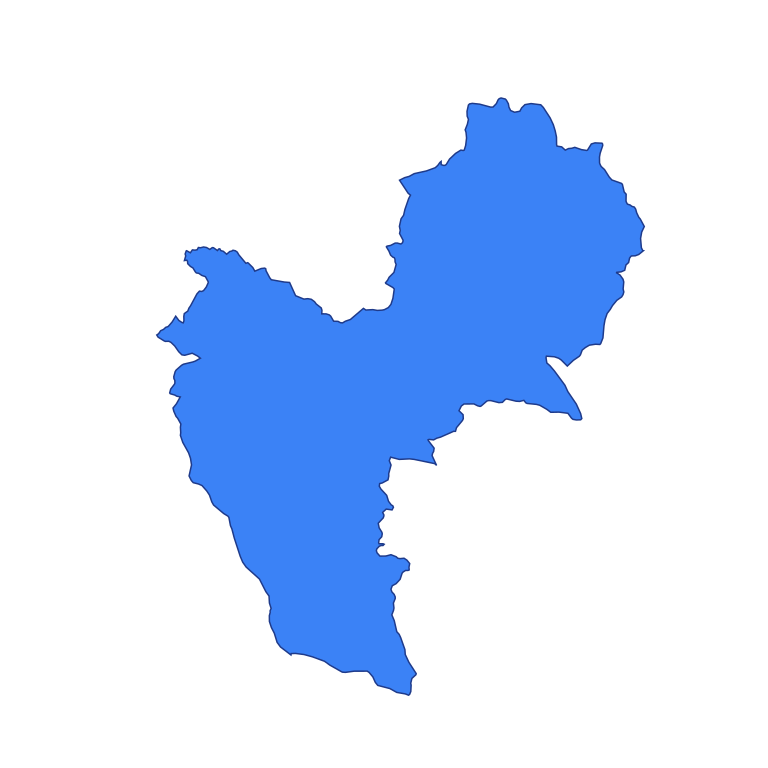 Van Ho, Son La, Vietnam (Mercator projection), rotated 190°
{"feature_id": "81297802B72197288944143", "entity_name": "Van Ho", "entity_type": "district", "adm_level": 2, "iso_a3": "VNM", "parent_name": "Vietnam", "parent_adm1": "Son La", "projection": "mercator", "projection_center": [104.865, 20.809], "detail": "fine", "context": "isolated", "style": "filled", "palette": "blue", "viewbox_px": 768, "rotation_deg": 190, "n_neighbors": 0, "source": "geoboundaries", "source_scale": "gbopen_adm2", "svg_char_len": 6153}
<svg xmlns="http://www.w3.org/2000/svg" viewBox="0 0 768 768"><g transform="rotate(190 384 384)"><path d="M428.6,101.0L428.6,102.4L424.4,103.3L415.8,103.7L407.2,102.9L394.4,100.6L388.4,97.7L375.1,93.0L372.0,93.3L363.5,96.0L350.7,98.3L348.6,97.4L344.1,93.6L340.7,88.6L337.8,86.1L325.4,85.1L317.9,82.5L309.2,82.5L305.8,81.8L304.9,82.7L304.2,85.8L305.0,92.2L305.7,93.9L305.4,98.9L302.1,103.2L302.0,104.4L311.2,114.3L316.1,121.3L317.3,126.1L323.5,137.1L325.6,140.1L328.4,142.3L332.8,152.7L336.2,158.0L335.3,162.8L335.3,165.1L336.7,169.9L335.7,174.6L336.0,176.3L337.5,178.6L340.2,180.7L341.5,183.1L340.8,186.8L337.4,189.5L334.2,194.5L333.3,200.9L332.5,202.2L330.4,204.1L328.1,204.5L326.9,205.3L327.6,207.9L327.5,211.6L330.8,214.5L334.0,215.9L338.0,214.8L340.2,214.8L342.0,216.0L347.5,217.1L352.3,214.9L358.1,213.8L361.6,216.6L362.6,218.6L362.4,220.5L360.5,223.4L358.8,224.4L356.9,224.8L356.0,226.2L357.2,226.5L361.1,225.8L361.7,226.7L361.8,229.9L359.7,233.2L359.7,236.1L360.3,237.6L363.8,241.5L365.5,245.9L361.5,252.0L361.2,254.0L361.4,255.1L363.0,257.2L362.6,257.9L360.1,261.2L354.2,261.4L353.3,264.2L354.2,265.6L355.9,266.2L359.2,269.3L362.0,274.8L368.8,280.0L370.9,282.5L371.0,285.2L368.6,286.2L363.4,290.3L363.3,294.2L363.8,296.5L363.0,305.4L365.5,309.4L364.8,313.1L355.9,312.4L345.9,314.7L341.2,315.0L320.3,314.4L318.1,313.0L324.2,321.8L324.1,324.2L323.4,326.1L323.5,329.5L330.6,336.0L330.9,336.8L329.9,337.3L325.4,337.6L322.6,339.8L319.1,341.5L307.2,349.5L305.4,349.8L305.0,353.6L300.4,361.7L299.9,363.6L300.8,367.5L305.5,370.7L304.0,375.8L301.7,378.2L292.0,380.0L288.0,378.8L285.5,378.6L284.5,379.2L279.7,385.1L278.2,385.8L275.8,386.2L267.6,385.6L264.2,386.5L261.9,389.8L260.6,390.6L251.0,390.0L247.4,390.4L243.4,392.2L241.1,390.1L239.7,389.7L230.3,390.4L226.9,390.1L219.2,387.3L214.9,385.1L206.8,386.7L197.8,387.1L193.4,382.9L191.8,382.0L188.3,382.0L184.1,382.9L183.2,384.3L185.2,389.0L191.1,397.6L201.7,408.5L205.6,414.2L218.4,426.4L223.7,430.8L227.3,433.0L229.0,438.0L228.9,439.6L220.9,440.4L216.4,439.7L213.6,438.4L206.6,433.5L201.6,440.2L196.4,445.3L195.6,446.9L194.7,451.8L192.0,454.9L188.5,457.9L182.6,459.9L178.3,460.4L177.6,461.4L176.4,467.4L177.5,479.7L177.5,485.8L176.5,492.2L174.1,496.8L172.6,500.9L169.2,506.9L165.1,511.0L164.1,513.5L163.8,516.3L165.0,519.1L165.6,526.1L166.8,528.7L170.5,532.3L174.3,533.9L174.2,534.4L170.0,535.6L166.7,537.8L166.4,543.2L164.2,546.1L164.0,550.7L163.0,552.6L162.5,553.1L158.8,553.9L155.6,555.8L151.7,560.3L152.3,560.3L154.2,562.9L156.6,571.9L156.6,578.4L155.0,584.3L160.3,591.0L162.0,592.4L164.9,596.5L166.5,599.9L168.2,601.7L170.8,602.0L172.6,603.0L175.5,603.4L176.7,604.9L177.4,606.1L178.5,613.0L180.8,614.8L183.9,622.0L184.9,622.8L195.0,624.5L198.1,626.9L204.1,633.5L207.9,635.9L209.2,637.6L210.1,639.1L211.2,644.9L211.2,648.8L210.0,656.9L210.4,658.3L211.1,659.0L218.1,658.1L221.5,656.4L224.2,649.7L224.9,649.2L230.2,649.1L237.2,650.2L239.9,648.8L243.2,647.9L246.1,645.8L250.2,648.4L254.9,648.3L255.6,649.7L257.0,657.1L259.4,663.1L262.3,668.8L266.6,674.9L275.1,684.0L278.1,686.2L287.9,685.7L293.7,683.6L296.4,679.8L297.6,676.2L302.6,674.3L306.8,675.3L309.0,678.3L310.2,681.6L312.8,684.8L314.0,685.7L318.4,686.0L320.1,685.0L321.0,683.6L322.0,679.7L324.7,675.7L326.9,675.2L338.4,676.2L345.8,675.7L348.4,674.7L349.3,673.4L349.6,667.0L348.6,662.2L346.8,659.3L347.0,654.3L348.2,648.4L346.9,646.0L345.4,640.6L345.0,633.1L345.6,628.3L346.5,627.7L348.9,627.7L353.6,623.5L358.5,616.9L360.8,611.0L361.9,609.9L363.6,609.6L365.8,610.0L366.4,613.1L367.4,611.9L369.0,608.6L371.1,605.9L379.2,601.2L390.8,596.4L395.3,592.8L399.5,590.8L404.1,587.4L393.3,576.0L390.7,574.6L391.9,570.9L393.7,559.6L394.0,553.6L395.9,549.6L396.2,541.9L394.7,538.1L394.8,534.9L390.2,528.9L390.1,527.5L390.4,526.2L391.7,524.8L395.5,525.1L397.5,524.7L401.6,521.6L405.0,520.3L405.5,519.5L402.2,515.7L399.9,512.1L397.4,510.5L395.7,510.1L394.8,508.6L394.3,506.2L392.8,503.8L393.6,495.6L397.5,490.0L398.4,487.0L400.1,483.9L399.6,483.3L391.9,480.5L390.4,479.3L390.1,469.9L391.0,463.6L393.0,460.0L396.5,457.3L398.7,456.4L403.4,455.3L407.9,455.3L414.7,453.7L417.4,454.9L428.3,441.7L433.0,439.1L435.4,437.0L437.5,436.8L440.2,437.7L444.5,437.1L448.3,441.6L450.0,442.6L453.2,443.0L457.5,442.3L457.9,445.8L459.0,448.0L464.6,451.0L466.7,453.0L470.3,454.8L473.9,454.8L477.6,453.7L486.4,455.6L494.6,467.6L499.9,467.1L513.1,467.1L515.0,468.8L519.8,475.0L520.5,477.0L521.6,477.4L525.0,476.4L530.8,472.7L533.4,475.9L538.6,479.5L539.3,479.8L541.0,478.9L549.4,486.0L551.4,488.4L553.5,489.4L556.0,489.5L557.0,488.5L558.9,487.7L561.5,484.5L565.3,486.8L567.8,487.0L569.2,488.6L570.3,488.2L571.2,486.5L575.6,488.6L576.8,488.5L578.9,486.3L582.5,487.6L585.5,487.6L588.4,486.3L590.5,486.2L591.3,483.8L593.3,483.0L596.0,482.8L597.5,479.6L601.5,481.0L601.9,480.7L602.4,477.5L601.5,475.7L602.0,470.9L599.7,471.7L598.8,470.7L598.2,468.4L595.1,466.2L592.3,465.1L589.3,461.7L588.1,460.8L585.6,460.8L582.3,459.3L578.5,458.7L574.9,454.2L574.7,453.2L575.9,448.5L577.9,444.7L579.5,443.5L581.9,443.4L583.9,440.2L588.1,427.4L589.3,424.8L589.9,421.7L592.9,418.7L592.9,415.9L592.0,411.5L592.3,409.4L593.4,409.4L597.0,410.9L600.9,414.6L603.4,408.3L605.8,404.3L606.7,403.0L608.8,401.9L610.6,399.5L613.2,397.7L614.7,394.4L616.3,392.8L614.6,390.9L608.1,388.3L606.8,388.0L603.3,388.7L601.0,388.0L596.7,385.1L591.7,380.1L588.1,377.6L585.2,377.7L578.2,381.0L572.5,379.2L569.3,377.5L573.8,373.8L576.3,372.4L584.9,368.7L586.6,367.3L591.1,361.7L591.8,360.0L592.3,354.8L591.8,352.8L590.6,351.2L590.1,348.6L590.3,347.5L593.2,341.9L593.5,338.0L592.8,337.3L588.2,336.8L586.0,336.0L582.4,335.9L585.0,328.4L587.6,323.7L586.3,320.7L583.1,315.9L581.3,314.5L577.1,309.3L577.0,306.1L575.7,300.6L575.6,298.1L572.0,291.5L564.5,282.3L561.7,277.3L559.5,270.9L560.0,259.6L557.0,255.5L554.7,253.7L549.3,253.3L545.6,252.4L540.0,247.9L536.6,244.3L533.1,238.0L530.8,235.2L519.4,228.6L514.8,226.8L513.6,225.7L510.6,217.8L508.6,214.8L504.7,206.3L495.7,189.4L492.2,184.0L488.0,179.8L472.8,170.3L464.3,159.0L460.4,155.2L458.8,148.4L456.2,143.4L456.8,140.8L456.4,139.3L456.7,136.0L455.6,130.2L452.6,124.6L448.8,119.6L444.4,111.0L440.2,107.0L428.6,101.0Z" fill="#3b82f6" stroke="#1e3a8a" stroke-width="1.5"/></g></svg>